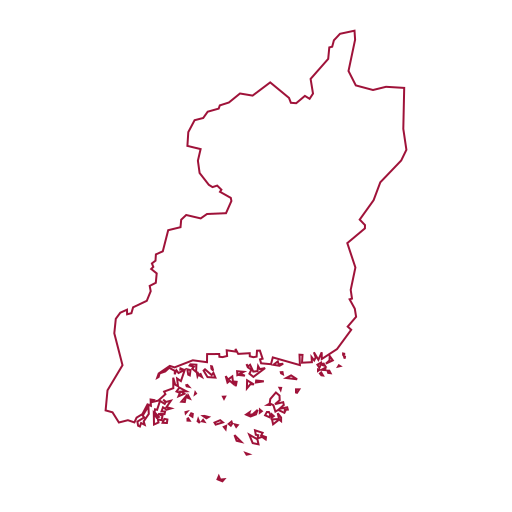 Cam Pha, Quảng Ninh, Vietnam
{"feature_id": "81297802B71504358310710", "entity_name": "Cam Pha", "entity_type": "district", "adm_level": 2, "iso_a3": "VNM", "parent_name": "Vietnam", "parent_adm1": "Quảng Ninh", "projection": "natural_earth1", "projection_center": [107.265, 21.066], "detail": "fine", "context": "isolated", "style": "outline", "palette": "rose", "viewbox_px": 512, "rotation_deg": 0, "n_neighbors": 0, "source": "geoboundaries", "source_scale": "gbopen_adm2", "svg_char_len": 6168}
<svg xmlns="http://www.w3.org/2000/svg" viewBox="0 0 512 512"><path d="M187.4,145.9L200.6,149.1L197.9,160.7L199.6,173.0L208.8,184.8L212.5,187.1L217.2,185.6L221.4,189.7L220.0,191.8L230.8,197.9L231.4,201.0L226.0,213.2L207.0,214.0L200.7,218.4L186.2,215.0L181.2,219.7L180.5,227.2L168.2,230.2L162.8,251.3L155.9,254.4L155.5,260.7L151.9,263.4L153.3,266.9L151.2,269.0L156.7,273.4L155.8,282.8L149.7,285.9L150.7,291.2L146.8,300.8L133.1,307.3L131.4,313.2L127.1,314.3L127.0,309.7L120.3,312.7L115.8,318.8L114.3,333.3L122.5,365.2L107.5,390.3L105.6,410.4L112.5,412.3L118.9,422.5L127.9,420.2L134.4,422.4L136.6,417.6L142.4,414.1L147.5,404.4L150.9,405.8L150.6,399.5L153.6,400.0L151.0,402.3L158.3,400.6L165.4,394.2L164.1,391.6L173.3,388.2L173.2,377.7L175.2,384.7L178.0,386.2L177.1,378.5L180.9,381.1L184.8,369.8L178.5,373.0L176.4,370.2L174.7,374.3L174.9,370.9L169.2,367.8L165.2,371.5L159.6,373.4L158.6,377.0L157.2,377.8L158.7,373.5L169.8,365.9L174.5,367.4L192.8,360.3L207.0,362.2L207.1,354.1L219.2,354.0L219.4,356.8L222.6,357.1L227.1,356.0L226.7,350.3L235.8,351.6L235.5,348.9L238.2,353.9L249.7,353.2L249.8,356.3L253.5,357.2L256.6,356.6L257.0,350.7L259.9,350.6L262.6,358.7L260.0,359.4L261.1,363.3L271.0,364.2L272.8,357.4L299.9,365.1L299.5,354.7L302.5,354.9L302.0,362.7L311.9,362.2L311.6,357.1L314.2,360.4L315.7,357.4L313.9,352.3L318.4,359.8L321.7,352.3L321.8,359.0L337.0,349.1L351.2,329.8L347.7,326.6L356.1,316.8L354.8,308.7L349.6,299.3L352.0,298.6L350.7,289.9L355.4,267.5L347.3,243.1L364.9,228.4L365.0,225.1L359.7,219.6L373.6,200.2L380.3,182.3L401.2,160.5L406.4,149.8L403.3,128.9L404.2,87.9L386.0,86.8L373.0,90.0L355.8,85.4L348.5,71.0L355.1,39.7L354.5,30.7L340.0,33.8L333.9,40.3L332.2,46.7L329.3,47.4L328.2,58.9L310.6,78.9L313.0,93.6L309.6,98.8L304.9,95.9L296.2,103.2L290.9,102.8L289.0,97.9L270.2,82.4L252.6,95.6L240.0,93.5L228.9,102.5L219.8,105.4L218.7,108.6L207.7,111.7L203.2,118.0L194.6,120.2L188.3,132.1L187.4,145.9ZM166.0,401.9L163.2,399.6L165.7,402.1L164.7,403.9L160.0,400.9L157.1,409.8L155.0,409.3L154.6,412.3L158.9,416.9L156.7,417.8L153.8,413.3L154.0,424.5L158.5,422.5L157.9,419.4L161.6,420.2L162.5,415.7L158.2,413.9L164.5,414.1L165.1,411.5L161.5,411.4L163.0,407.3L166.6,409.7L171.1,408.4L166.5,407.1L170.9,400.7L166.0,401.9ZM279.5,395.6L275.9,392.5L270.3,399.0L269.7,403.4L273.4,405.2L275.4,411.6L278.2,409.9L284.4,412.8L285.6,410.4L283.9,409.9L287.8,409.6L287.2,407.3L279.5,408.8L283.8,405.0L283.2,402.2L275.1,404.1L279.7,400.2L279.5,395.6ZM148.8,413.9L148.4,406.3L142.7,415.6L144.2,417.4L137.4,421.6L138.1,425.7L139.9,426.5L141.1,423.0L144.7,424.8L143.7,421.3L148.8,413.9ZM248.1,366.4L246.5,364.2L247.8,367.3L251.4,369.7L249.4,373.7L253.4,376.9L265.1,368.1L259.8,369.1L258.1,366.1L257.5,371.1L253.3,371.6L250.1,364.8L248.1,366.4ZM262.6,432.8L255.0,430.3L255.8,434.8L258.2,435.2L257.5,438.4L262.1,436.9L265.7,439.4L266.0,437.1L261.2,435.4L262.6,432.8ZM186.4,391.3L179.4,387.6L176.5,391.5L179.9,392.9L178.5,396.3L184.4,393.8L181.2,391.6L186.4,391.3ZM257.4,439.3L249.2,434.6L252.7,443.1L258.5,444.3L257.4,439.3ZM211.7,375.1L205.0,369.3L203.6,370.6L207.5,377.1L215.4,377.6L213.4,372.8L211.7,375.1ZM228.1,379.5L225.7,376.1L227.5,382.6L229.8,380.8L233.2,383.7L232.3,376.4L228.1,379.5ZM256.0,414.4L257.6,409.9L252.5,414.5L248.8,414.6L249.6,412.2L246.1,414.6L250.5,416.5L256.0,414.4ZM297.1,379.3L291.1,375.4L286.2,378.0L297.1,379.3ZM273.1,424.3L277.8,420.6L277.7,419.1L272.0,419.4L273.1,424.3ZM196.4,364.7L190.4,364.3L189.6,365.5L193.8,366.8L192.3,368.7L196.1,371.9L196.4,364.7ZM243.7,371.8L237.1,371.2L237.4,375.1L243.7,371.8ZM278.7,364.3L277.8,361.4L273.4,364.8L279.5,365.8L283.2,363.7L278.7,364.3ZM253.9,384.4L247.1,380.3L246.9,388.4L250.4,384.2L253.9,384.4ZM263.8,381.3L256.2,380.5L255.9,382.5L263.8,381.3ZM325.9,363.6L332.8,360.4L329.7,356.0L329.5,360.4L325.9,363.6ZM220.3,479.6L218.8,476.2L217.5,479.3L222.4,481.3L224.2,479.2L220.3,479.6ZM241.3,441.9L234.5,435.1L236.6,440.8L241.3,441.9ZM270.3,414.5L268.9,412.0L266.9,412.0L265.1,415.3L269.4,417.2L270.3,414.5ZM319.4,367.8L321.4,363.2L321.2,362.5L317.4,364.7L319.4,367.8ZM222.9,422.4L220.2,420.2L214.5,422.6L215.7,424.6L222.9,422.4ZM187.3,369.3L188.2,374.6L189.8,375.4L190.5,370.1L187.3,369.3ZM184.8,402.0L185.9,396.4L181.4,401.7L184.8,402.0ZM281.1,421.1L281.1,417.5L277.7,413.2L279.1,419.5L281.1,421.1ZM167.4,419.5L164.4,418.9L162.6,422.8L166.9,423.0L167.4,419.5ZM321.5,369.8L325.3,370.1L325.5,367.7L321.5,369.8ZM230.8,425.7L232.2,423.6L231.5,421.6L228.7,423.9L230.8,425.7ZM299.3,389.3L296.0,389.3L296.0,392.5L297.0,392.8L299.3,389.3ZM192.4,416.8L192.8,413.9L191.2,413.3L190.0,415.3L192.4,416.8ZM208.6,417.0L204.4,415.9L203.1,416.0L206.4,418.3L208.6,417.0ZM259.8,412.7L261.8,411.2L259.9,409.6L259.8,412.7ZM244.9,375.7L241.6,374.3L239.7,375.1L244.9,375.7ZM187.0,397.5L189.8,398.6L188.2,395.5L187.0,397.5ZM235.8,386.2L236.6,381.8L234.7,381.6L235.8,386.2ZM330.6,373.2L329.3,370.7L327.4,370.7L328.2,372.9L330.6,373.2ZM237.7,425.1L234.8,424.4L236.2,426.9L237.7,425.1ZM271.5,417.7L273.8,416.1L271.9,414.4L271.5,417.7ZM323.0,375.5L321.2,372.4L319.9,373.5L321.4,375.3L323.0,375.5ZM199.7,422.9L198.2,419.2L197.6,421.2L199.7,422.9ZM225.6,429.2L226.1,425.9L223.8,426.9L225.6,429.2ZM325.1,365.9L323.7,363.6L322.1,364.1L322.5,365.1L325.1,365.9ZM267.4,404.9L269.8,405.0L269.5,403.7L267.4,404.9ZM213.2,370.6L212.0,366.4L211.2,366.2L211.4,368.7L213.2,370.6ZM246.6,454.7L248.9,454.2L245.6,453.0L246.6,454.7ZM202.0,421.3L204.4,421.8L203.1,419.9L202.0,421.3ZM189.7,420.7L188.2,418.3L187.5,418.7L187.5,420.6L189.7,420.7ZM282.9,374.2L282.5,372.1L280.8,372.2L281.1,373.3L282.9,374.2ZM189.0,386.8L187.3,384.9L186.3,385.2L186.7,386.3L189.0,386.8ZM201.9,376.9L200.6,374.0L198.6,375.0L201.9,376.9ZM194.9,394.3L196.0,393.5L195.3,392.5L194.9,394.3ZM225.1,396.6L223.0,396.7L224.0,398.7L225.1,396.6ZM180.3,369.5L182.4,369.2L180.5,368.4L180.3,369.5ZM185.7,413.3L187.1,411.7L185.5,412.1L185.7,413.3ZM338.1,366.6L340.2,366.1L338.9,365.3L338.1,366.6ZM318.0,370.9L319.5,369.9L318.0,369.4L318.0,370.9ZM197.5,376.2L198.5,374.0L197.7,372.7L197.0,373.4L197.5,376.2ZM280.6,389.9L281.1,387.9L279.5,387.8L280.6,389.9ZM343.1,354.4L345.0,353.9L343.1,353.5L343.1,354.4ZM344.7,358.6L345.0,356.6L343.8,356.0L344.7,358.6Z" fill="none" stroke="#9f1239" stroke-width="2"/></svg>